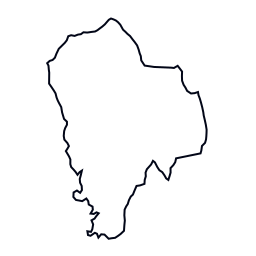 Serra Azul, São Paulo, Brazil (Equal Earth projection), rotated 178°
{"feature_id": "56859067B84170485287144", "entity_name": "Serra Azul", "entity_type": "district", "adm_level": 2, "iso_a3": "BRA", "parent_name": "Brazil", "parent_adm1": "São Paulo", "projection": "equal_earth", "projection_center": [-47.543, -21.307], "detail": "fine", "context": "isolated", "style": "outline", "palette": "ink", "viewbox_px": 256, "rotation_deg": 178, "n_neighbors": 0, "source": "geoboundaries", "source_scale": "gbopen_adm2", "svg_char_len": 2178}
<svg xmlns="http://www.w3.org/2000/svg" viewBox="0 0 256 256"><g transform="rotate(178 128 128)"><path d="M151.2,18.0L148.2,18.4L144.7,18.7L141.6,20.6L139.0,22.4L135.6,25.4L135.0,31.2L134.4,35.6L134.7,40.9L134.2,46.6L132.5,49.8L130.9,52.0L129.6,55.8L127.6,59.4L125.4,61.3L123.9,64.7L121.5,69.8L118.0,70.2L113.5,71.6L113.1,75.6L111.9,79.1L112.0,82.8L110.6,86.1L108.8,88.0L106.2,90.7L104.2,94.3L102.3,92.7L100.1,88.0L98.1,84.7L95.3,82.7L93.2,79.4L91.6,76.3L89.5,74.7L88.2,78.3L87.0,81.9L86.9,86.4L84.0,89.3L82.0,92.2L81.0,96.0L56.4,100.1L55.5,102.9L54.7,107.5L51.5,110.5L50.4,113.9L50.0,117.0L49.7,120.3L49.5,123.6L50.1,128.5L51.1,134.0L51.9,137.9L52.2,141.1L53.1,146.1L54.2,151.0L55.2,154.9L56.4,158.4L56.8,161.5L60.2,160.5L63.8,160.3L67.6,163.0L69.2,166.4L70.9,169.2L72.3,173.4L72.3,177.9L72.0,182.5L74.1,185.5L76.2,188.4L80.0,186.4L82.7,186.8L99.8,188.1L109.2,189.8L112.4,195.1L112.7,199.4L113.7,202.1L114.6,205.9L116.0,210.2L118.4,213.8L120.2,216.2L122.7,219.8L125.3,222.1L127.2,224.2L129.5,226.4L132.1,231.5L134.3,234.1L136.4,235.9L138.8,237.1L141.2,238.0L143.4,236.8L145.1,235.0L147.5,232.4L150.1,230.3L153.0,228.3L155.1,226.8L157.5,225.6L161.1,225.3L165.3,224.8L169.2,225.2L171.8,223.4L174.7,223.1L178.1,221.9L181.6,222.7L184.5,221.8L186.1,217.8L188.2,215.3L190.8,212.9L194.4,209.6L196.9,204.8L198.6,200.8L201.0,198.6L203.9,197.8L206.5,195.6L205.3,193.1L205.1,189.1L204.8,186.1L205.3,175.1L203.1,171.7L200.7,167.8L199.2,165.1L198.3,160.9L197.2,157.8L196.0,155.2L194.0,151.2L193.3,145.8L191.6,139.3L188.8,136.4L188.9,133.4L190.8,130.1L191.9,127.2L192.5,122.3L192.0,118.6L189.1,115.1L187.7,112.0L189.1,109.7L190.9,107.1L187.9,101.6L186.7,98.6L186.9,93.8L186.1,90.9L183.8,88.3L181.9,85.9L180.1,83.0L177.9,85.6L175.6,87.0L176.9,82.2L178.0,78.7L177.8,75.0L176.3,71.7L176.2,67.6L178.1,64.9L181.2,67.3L184.6,65.5L185.0,61.0L182.5,57.9L179.7,57.3L176.3,56.5L172.1,59.0L170.3,56.3L169.9,52.9L166.2,50.7L166.0,47.6L168.4,43.8L165.2,43.3L162.4,44.8L160.3,43.8L162.8,41.0L164.6,38.6L167.7,37.0L166.2,32.9L167.2,28.1L168.6,25.5L172.2,26.2L171.7,22.4L169.2,21.6L164.8,24.4L162.7,23.4L161.4,19.5L158.5,22.7L155.2,22.3L151.2,18.0Z" fill="none" stroke="#020617" stroke-width="2"/></g></svg>